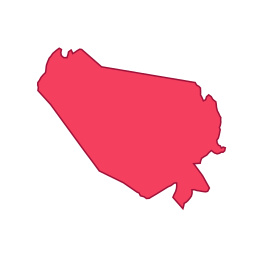 outline of Bom Jesus da Serra, Bahia, Brazil, rotated 196°
{"feature_id": "56859067B84581082225052", "entity_name": "Bom Jesus da Serra", "entity_type": "district", "adm_level": 2, "iso_a3": "BRA", "parent_name": "Brazil", "parent_adm1": "Bahia", "projection": "equal_earth", "projection_center": [-40.617, -14.382], "detail": "fine", "context": "isolated", "style": "filled", "palette": "rose", "viewbox_px": 256, "rotation_deg": 196, "n_neighbors": 0, "source": "geoboundaries", "source_scale": "gbopen_adm2", "svg_char_len": 1569}
<svg xmlns="http://www.w3.org/2000/svg" viewBox="0 0 256 256"><g transform="rotate(196 128 128)"><path d="M76.0,190.2L117.3,185.5L170.3,179.5L194.2,190.7L196.2,190.4L198.4,188.0L200.0,186.0L201.7,184.3L202.9,186.0L204.2,187.3L206.1,184.8L205.9,181.5L206.1,178.8L209.2,177.9L212.1,179.3L213.4,182.1L213.6,185.1L216.1,185.7L218.1,183.1L220.8,179.0L221.9,175.7L223.0,173.3L223.4,170.1L223.7,166.3L223.4,163.8L222.9,161.2L222.6,158.5L224.3,155.5L225.6,152.5L226.3,149.2L227.2,146.9L226.6,144.4L225.4,142.4L224.9,139.2L208.9,129.3L196.7,119.8L163.2,93.7L153.0,86.0L143.7,78.8L117.2,74.1L101.5,68.8L99.5,68.6L97.4,66.3L95.5,66.3L93.4,66.3L90.8,65.3L88.2,66.3L86.8,67.9L82.5,72.4L73.3,82.5L70.7,84.7L68.3,87.9L66.1,88.5L65.3,86.2L64.7,83.3L64.7,80.1L65.4,76.5L65.7,73.7L53.0,65.6L53.0,68.3L53.2,71.1L51.6,72.8L50.5,74.6L49.1,77.6L48.3,80.2L48.4,83.0L49.5,86.3L47.1,87.0L44.5,86.9L42.6,87.2L40.1,87.4L37.8,87.7L35.7,88.1L34.0,89.1L33.2,92.7L43.2,102.7L50.7,108.5L52.2,109.6L55.0,111.8L48.9,114.0L49.1,116.5L48.9,119.1L47.2,121.2L44.8,123.7L43.4,126.7L41.7,129.3L38.1,127.9L35.2,127.7L33.0,129.0L31.7,130.5L30.0,130.9L28.8,132.7L29.0,135.8L31.3,135.9L32.8,134.5L34.3,136.2L36.3,136.4L38.2,138.2L39.3,140.8L38.4,143.2L38.5,147.0L38.9,151.7L40.3,153.8L40.0,156.1L40.4,159.2L41.2,161.4L41.7,163.7L43.2,165.0L45.0,167.2L46.8,169.0L48.6,172.2L49.8,175.3L50.8,177.4L52.6,178.1L54.4,178.9L56.7,181.1L59.6,182.1L61.1,179.7L61.2,176.5L63.0,174.9L65.5,177.9L67.4,179.8L68.2,182.8L69.4,186.4L71.3,187.5L73.9,188.2L76.0,190.2Z" fill="#f43f5e" stroke="#9f1239" stroke-width="1.5"/></g></svg>